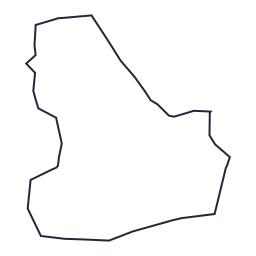 outline of Xuld, Dundgovi, Mongolia
{"feature_id": "93677404B62484522824212", "entity_name": "Xuld", "entity_type": "district", "adm_level": 2, "iso_a3": "MNG", "parent_name": "Mongolia", "parent_adm1": "Dundgovi", "projection": "natural_earth1", "projection_center": [105.477, 45.18], "detail": "fine", "context": "isolated", "style": "outline", "palette": "slate", "viewbox_px": 256, "rotation_deg": 0, "n_neighbors": 0, "source": "geoboundaries", "source_scale": "gbopen_adm2", "svg_char_len": 686}
<svg xmlns="http://www.w3.org/2000/svg" viewBox="0 0 256 256"><path d="M109.1,240.6L132.5,231.5L172.7,220.2L181.9,218.1L214.6,214.0L225.8,168.1L227.4,164.7L229.8,157.1L215.1,144.4L209.5,135.4L209.8,112.5L210.6,111.6L203.1,111.2L193.8,110.8L186.3,113.1L174.0,116.7L168.9,115.6L157.6,104.4L150.7,100.2L144.9,91.3L134.8,77.2L120.6,60.6L108.2,40.9L91.5,15.4L63.3,17.9L58.3,18.2L37.7,24.4L35.7,24.9L34.5,45.5L35.6,54.5L35.6,55.1L26.2,63.6L35.1,72.8L33.3,90.8L35.8,100.1L38.4,108.4L56.1,117.7L61.7,143.2L61.4,145.4L58.9,157.5L58.0,165.6L56.5,167.5L49.5,170.7L30.6,179.9L27.7,208.5L40.9,236.0L64.6,238.8L81.9,239.4L82.6,239.4L109.1,240.6Z" fill="none" stroke="#1e293b" stroke-width="2"/></svg>